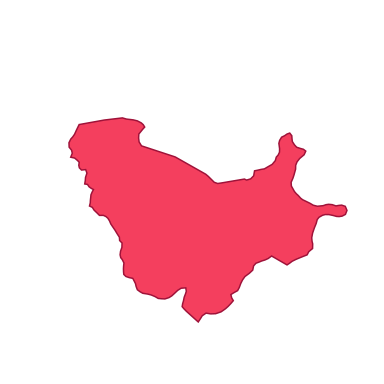 outline of Sertãozinho, São Paulo, Brazil, rotated 42°
{"feature_id": "56859067B35864980054288", "entity_name": "Sertãozinho", "entity_type": "district", "adm_level": 2, "iso_a3": "BRA", "parent_name": "Brazil", "parent_adm1": "São Paulo", "projection": "natural_earth1", "projection_center": [-47.996, -21.105], "detail": "fine", "context": "isolated", "style": "filled", "palette": "rose", "viewbox_px": 384, "rotation_deg": 42, "n_neighbors": 0, "source": "geoboundaries", "source_scale": "gbopen_adm2", "svg_char_len": 2771}
<svg xmlns="http://www.w3.org/2000/svg" viewBox="0 0 384 384"><g transform="rotate(42 192 192)"><path d="M180.6,286.8L183.0,288.5L185.4,288.9L188.9,290.3L190.8,292.9L192.5,295.0L194.6,297.2L196.5,298.9L199.4,299.0L202.5,297.7L205.8,295.8L209.0,297.0L211.3,297.9L213.7,299.6L216.8,301.2L220.1,300.9L223.2,300.2L227.2,297.6L230.6,295.8L234.7,294.4L238.1,293.7L240.7,291.8L243.4,289.6L245.6,285.8L246.5,282.6L246.9,278.4L247.2,274.6L248.3,270.8L251.5,267.4L254.2,269.6L255.4,272.2L256.6,275.4L258.6,278.8L259.8,281.3L261.4,283.8L264.3,284.2L267.6,284.4L278.4,284.4L283.6,284.4L283.0,280.4L282.4,277.1L283.5,272.6L287.4,270.1L291.0,266.6L293.8,261.6L295.0,256.4L295.4,252.7L295.5,248.8L295.4,245.1L292.3,244.1L289.5,242.2L290.6,238.5L291.9,234.8L291.1,231.5L289.5,227.5L288.4,223.6L287.9,219.4L289.0,214.0L289.4,209.4L287.2,205.7L287.2,202.1L288.7,199.3L289.9,196.7L291.7,193.7L293.1,190.5L294.0,186.3L311.4,182.6L312.2,179.5L312.8,176.4L314.3,172.6L316.0,169.0L317.8,165.3L319.6,161.7L318.7,158.2L319.4,153.3L316.4,149.8L314.2,148.3L311.6,145.9L309.1,141.8L307.0,136.9L305.3,132.2L303.5,128.7L303.3,125.8L304.6,121.9L306.1,119.6L308.8,117.2L312.6,115.0L315.8,113.4L317.8,111.8L319.7,109.5L321.0,106.0L319.5,102.0L315.5,100.1L312.0,101.6L310.0,103.8L308.3,106.0L304.6,107.6L301.8,109.7L300.1,111.7L298.6,114.4L294.7,118.7L290.9,120.7L287.4,121.4L283.5,122.5L279.4,123.7L276.9,123.9L273.2,123.5L270.7,123.5L267.8,123.1L264.6,122.0L261.9,121.1L259.2,118.5L257.8,114.3L256.4,111.1L253.7,105.7L251.2,102.8L249.9,99.3L249.6,95.1L250.0,92.1L250.4,89.3L249.2,85.5L246.2,85.7L243.2,87.2L239.8,88.7L236.7,88.4L232.9,87.4L230.9,85.7L228.5,83.4L225.2,82.8L223.8,85.4L223.2,88.1L221.9,91.3L222.6,95.0L224.0,97.7L228.2,101.3L230.4,103.9L231.3,106.9L231.3,109.7L232.9,112.9L233.1,117.8L231.8,121.7L230.3,126.4L228.2,129.0L226.1,132.0L224.3,134.4L227.0,138.7L226.8,143.0L224.6,146.6L222.3,147.3L207.8,165.6L205.4,168.5L202.0,169.9L198.2,169.7L193.7,169.5L190.3,169.6L156.0,177.2L123.6,191.5L119.2,190.2L116.2,187.6L113.7,184.5L113.4,178.4L113.4,175.4L110.7,174.6L108.0,174.6L103.8,175.7L100.1,177.7L97.1,179.8L94.6,181.6L90.7,183.5L78.6,197.3L63.0,217.4L64.8,223.6L66.1,227.7L66.5,230.9L66.5,233.8L67.6,237.7L70.7,240.9L74.5,241.5L77.1,243.3L78.6,247.3L82.1,245.3L85.9,245.2L88.3,245.4L90.0,247.9L92.1,249.4L95.2,249.6L98.0,246.5L101.3,248.3L103.1,252.4L105.1,255.0L106.9,257.8L109.3,256.3L112.0,257.0L114.8,256.7L117.1,256.1L117.9,259.1L118.8,261.7L120.5,264.0L122.0,266.1L123.7,268.2L125.2,271.0L128.2,270.1L131.4,271.0L135.2,271.1L138.9,271.3L141.7,268.7L144.6,267.8L147.1,267.8L150.1,268.7L153.1,270.1L156.7,271.0L160.4,271.9L163.3,272.8L165.7,273.5L168.3,274.2L170.7,276.5L174.1,276.7L177.0,280.1L178.5,283.8L180.6,286.8Z" fill="#f43f5e" stroke="#9f1239" stroke-width="1.5"/></g></svg>